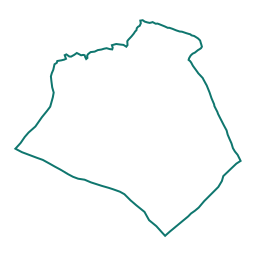 the district of Nrokwia-Wesldow, Grand Kru, Liberia
{"feature_id": "62588387B98873845016712", "entity_name": "Nrokwia-Wesldow", "entity_type": "district", "adm_level": 2, "iso_a3": "LBR", "parent_name": "Liberia", "parent_adm1": "Grand Kru", "projection": "albers", "projection_center": [-8.32, 4.821], "detail": "fine", "context": "isolated", "style": "outline", "palette": "teal", "viewbox_px": 256, "rotation_deg": 0, "n_neighbors": 0, "source": "geoboundaries", "source_scale": "gbopen_adm2", "svg_char_len": 1953}
<svg xmlns="http://www.w3.org/2000/svg" viewBox="0 0 256 256"><path d="M240.6,160.9L239.6,158.8L237.6,154.8L234.9,151.5L232.9,148.1L231.5,143.4L229.8,139.6L227.7,134.7L226.6,130.4L224.0,125.6L219.4,116.6L218.0,113.8L217.4,112.0L214.4,106.1L214.1,104.3L211.5,98.2L209.5,92.3L208.8,90.6L206.7,85.4L205.9,84.0L203.4,79.4L202.7,78.0L198.2,73.2L197.7,72.4L192.9,65.8L191.2,62.6L190.1,61.1L188.6,59.9L189.1,58.2L190.7,55.5L192.6,53.7L194.9,52.6L198.0,50.1L199.4,49.3L201.0,48.2L201.9,46.7L201.3,44.5L200.9,43.3L200.1,40.5L198.0,38.4L194.2,36.0L191.4,35.3L190.5,34.4L186.4,33.2L182.0,31.7L179.7,31.5L176.3,30.4L172.4,28.8L169.4,27.8L167.7,27.8L164.7,26.4L159.0,24.1L157.6,23.6L155.6,23.7L152.6,22.1L151.8,22.4L149.7,22.9L147.3,22.4L144.7,21.6L142.7,20.2L140.3,20.6L140.8,23.3L139.7,25.8L138.0,26.8L136.8,28.2L136.4,30.3L135.2,31.4L133.7,33.7L131.5,36.4L128.3,39.8L127.3,41.2L127.5,45.1L126.3,46.7L123.5,44.9L120.0,44.5L116.2,44.0L111.9,45.2L112.7,47.7L112.2,49.4L109.8,49.1L106.6,48.2L104.1,48.7L101.5,49.5L97.8,50.1L94.7,51.6L90.6,52.1L88.2,54.0L87.2,55.5L87.4,58.0L86.2,59.0L85.4,57.5L84.6,55.2L83.1,54.9L81.1,55.3L79.7,54.5L76.8,53.0L74.3,54.8L71.1,56.6L69.3,56.5L67.1,54.9L66.3,54.4L64.7,55.2L66.0,58.8L64.3,59.6L61.5,60.3L57.3,61.0L56.8,62.8L54.5,64.3L53.3,69.7L51.8,73.2L50.9,76.4L51.4,81.1L52.2,87.3L53.7,92.6L52.8,97.4L50.2,106.7L47.1,110.8L46.3,111.8L41.9,117.2L35.4,126.5L28.6,132.5L24.8,136.9L20.6,143.0L15.4,148.7L16.1,149.1L22.0,152.2L28.4,154.6L36.9,157.8L42.8,159.9L49.7,163.7L55.0,166.7L60.4,169.6L68.1,174.2L73.0,176.8L78.1,178.7L84.6,179.7L91.0,182.4L101.9,185.9L108.9,187.9L113.2,189.3L119.9,191.7L124.4,194.2L130.5,200.3L136.2,205.2L144.5,211.9L146.7,215.9L149.1,220.2L156.4,226.2L157.2,227.1L162.5,233.0L165.1,235.8L169.7,231.7L182.0,221.5L188.2,216.4L191.0,213.5L194.7,210.9L198.7,207.6L204.1,201.2L210.4,194.9L218.3,187.0L221.9,181.0L223.3,176.1L230.7,169.0L236.4,163.6L240.6,160.9Z" fill="none" stroke="#0f766e" stroke-width="2"/></svg>